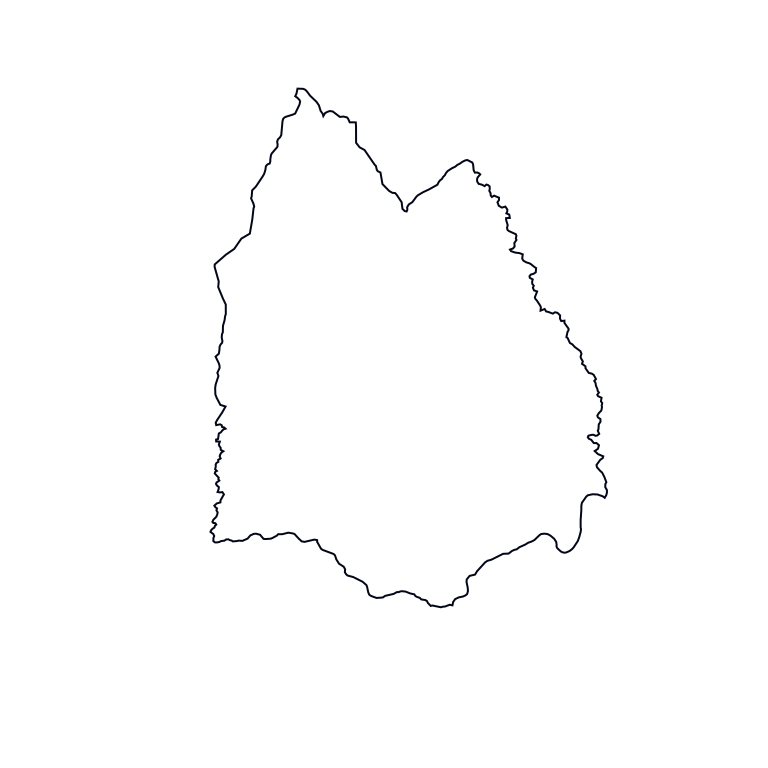 Paranaíba, Mato Grosso do Sul, Brazil, rotated 38°
{"feature_id": "56859067B8941554822277", "entity_name": "Paranaíba", "entity_type": "district", "adm_level": 2, "iso_a3": "BRA", "parent_name": "Brazil", "parent_adm1": "Mato Grosso do Sul", "projection": "albers", "projection_center": [-51.392, -19.551], "detail": "fine", "context": "isolated", "style": "outline", "palette": "ink", "viewbox_px": 768, "rotation_deg": 38, "n_neighbors": 0, "source": "geoboundaries", "source_scale": "gbopen_adm2", "svg_char_len": 6165}
<svg xmlns="http://www.w3.org/2000/svg" viewBox="0 0 768 768"><g transform="rotate(38 384 384)"><path d="M628.0,337.8L627.5,334.5L626.4,332.1L624.9,330.3L621.9,329.1L620.0,326.5L619.7,324.5L614.7,321.5L610.4,319.5L608.0,319.4L603.2,318.5L601.3,317.0L601.1,310.4L602.0,307.8L601.3,306.0L595.8,307.5L591.3,307.1L592.5,303.3L591.1,299.9L587.8,299.7L585.7,301.4L581.7,300.4L579.0,301.0L577.4,300.5L576.9,298.9L579.1,296.0L580.7,294.9L582.4,294.7L583.7,293.4L584.3,290.8L581.2,289.2L580.9,287.7L578.1,283.6L577.8,280.4L576.1,278.4L573.2,278.6L571.6,277.7L571.2,274.9L571.6,271.1L570.1,268.1L568.8,267.0L567.7,264.6L565.7,264.2L563.9,260.9L560.2,261.8L558.7,261.2L558.6,258.4L556.7,257.9L555.1,256.5L552.1,254.9L550.0,252.9L547.8,252.1L548.0,249.6L543.6,247.7L541.3,247.9L538.6,249.2L533.2,247.6L531.8,246.0L527.6,246.2L526.8,243.8L523.5,242.5L522.1,241.5L521.0,238.6L518.5,237.2L511.5,237.4L508.2,236.8L505.2,237.2L500.4,234.7L498.9,234.8L496.5,229.9L496.4,228.2L495.4,226.8L488.6,224.8L487.2,223.0L484.9,225.3L482.4,224.1L480.5,221.5L476.9,221.1L474.6,222.2L473.7,224.6L469.0,226.1L467.1,227.0L464.4,226.0L462.2,229.8L460.5,227.1L459.2,226.2L453.3,224.2L450.8,223.7L449.5,222.8L447.7,216.8L444.5,217.9L442.0,216.4L441.6,214.4L439.2,213.8L437.8,212.3L436.8,210.0L433.6,210.6L432.3,209.5L432.3,207.4L434.1,204.9L434.8,202.5L432.5,199.0L430.1,199.2L426.1,199.1L424.1,199.4L421.4,200.5L417.9,201.0L415.7,200.1L413.5,196.4L410.1,197.5L406.4,199.7L402.3,201.1L400.5,200.5L402.2,197.9L402.3,195.3L399.9,192.6L399.7,188.9L398.3,188.2L397.1,185.7L395.7,184.8L388.2,186.6L386.4,186.5L384.8,185.2L383.7,182.7L379.3,179.6L378.1,178.1L380.9,175.7L378.4,173.4L375.4,174.2L375.0,172.3L373.8,170.6L370.4,169.5L368.3,172.4L364.7,172.9L361.5,170.9L361.4,168.4L359.9,166.4L354.8,167.8L353.9,170.2L352.1,169.8L350.3,167.9L348.1,167.0L347.2,165.1L345.5,163.2L343.4,163.2L341.9,163.8L341.5,166.1L338.3,166.7L335.4,168.0L332.8,167.1L331.3,165.4L330.6,163.7L330.8,159.6L329.3,159.4L327.3,159.9L325.5,161.5L323.1,160.4L319.0,156.1L317.2,155.1L311.7,156.2L310.3,157.9L309.0,160.6L308.1,163.6L306.9,166.2L306.4,168.7L304.6,172.4L303.0,177.2L303.0,179.9L303.4,182.0L303.1,184.6L303.4,186.8L302.8,188.9L302.8,191.3L303.4,194.1L299.7,202.9L296.7,208.8L294.6,214.2L294.2,216.2L294.4,223.2L293.0,227.3L293.4,230.4L295.1,232.3L295.6,234.1L293.8,235.0L290.7,234.6L286.0,229.9L277.5,227.1L275.2,226.7L272.9,228.2L269.2,228.7L259.7,227.4L251.0,219.5L248.0,220.2L246.3,219.5L243.3,217.1L241.8,217.0L224.6,211.6L219.0,212.5L213.5,211.1L203.5,198.4L200.7,195.2L195.9,198.9L192.3,197.0L190.7,196.7L187.4,198.2L184.8,200.7L175.8,200.8L173.2,202.3L171.8,204.5L170.8,206.7L171.2,210.2L169.3,208.8L165.9,207.8L161.2,204.5L157.0,203.2L148.2,202.3L143.2,200.9L140.9,200.6L138.7,201.1L134.0,204.5L136.3,209.2L136.9,211.9L139.8,211.8L142.8,212.3L144.1,213.2L145.4,215.9L147.5,225.6L146.2,228.0L142.3,233.6L141.5,235.2L141.3,237.2L142.3,239.5L149.8,251.1L150.2,253.6L149.8,256.6L150.7,259.0L152.6,260.6L154.0,262.7L153.6,271.6L154.1,273.4L156.0,276.8L157.5,278.8L158.2,280.7L157.0,282.6L156.8,285.0L158.7,288.3L160.2,292.2L160.6,295.2L161.5,307.3L160.9,312.6L164.3,317.7L164.9,319.5L170.0,322.2L172.5,324.1L173.0,325.8L179.0,335.6L185.7,348.1L182.1,357.2L182.8,369.8L179.8,379.4L177.0,394.0L178.4,396.0L190.6,404.9L193.7,409.7L204.4,415.8L210.4,418.8L216.3,426.3L217.0,428.3L219.1,431.9L221.3,437.3L225.1,442.4L225.7,444.5L226.7,446.1L227.7,447.5L230.3,449.7L231.1,451.3L230.9,453.5L231.5,455.9L233.3,458.4L235.2,461.8L234.4,466.1L241.1,469.4L243.2,470.9L244.6,472.6L245.8,477.8L248.6,479.6L251.6,487.9L253.4,491.1L257.5,496.0L260.6,497.9L267.9,501.2L273.0,499.3L274.0,505.9L274.7,515.2L275.2,518.1L277.1,519.7L279.7,516.7L281.4,516.4L283.0,517.6L284.6,516.7L286.6,516.8L285.6,518.3L285.2,520.3L285.2,522.5L284.3,524.7L287.1,529.5L285.9,531.2L287.1,532.6L290.1,530.5L291.2,533.5L292.8,534.4L294.3,534.7L296.0,536.4L298.8,535.9L298.1,538.4L298.4,540.5L299.0,542.1L301.1,543.3L300.0,545.8L301.4,547.4L300.6,549.3L300.9,551.0L302.3,552.7L303.4,555.1L305.8,555.4L305.1,557.0L305.7,558.7L311.4,559.6L312.1,561.0L313.7,561.5L312.7,564.7L313.1,566.2L315.2,566.9L317.3,566.9L318.3,568.4L319.4,571.6L321.6,570.3L323.2,568.7L325.8,569.5L326.8,576.3L328.0,578.0L325.8,581.0L325.2,584.3L327.0,584.9L329.0,584.8L329.8,586.8L331.9,587.5L333.0,589.6L333.6,591.8L333.1,596.0L333.7,598.3L335.1,598.6L336.8,597.5L338.4,598.1L338.1,599.7L338.7,601.6L338.0,603.7L337.8,605.6L338.3,607.4L341.8,607.3L343.8,608.3L344.4,610.4L346.3,612.9L348.3,612.9L350.3,611.3L351.6,609.7L352.3,608.1L354.7,605.7L355.3,603.7L357.0,602.2L358.8,601.9L360.3,601.2L361.8,601.1L364.8,598.3L366.0,596.8L369.0,594.8L371.7,589.8L371.9,585.6L373.7,582.2L375.4,580.7L379.2,579.1L384.4,580.2L386.0,579.2L388.8,576.7L390.1,575.5L391.1,573.6L392.9,569.5L393.1,567.5L396.3,565.0L400.1,560.1L403.9,558.0L405.9,557.3L411.7,558.3L416.0,558.7L418.6,557.3L424.9,549.5L427.4,548.2L428.6,549.6L435.8,552.6L437.8,552.5L448.9,549.0L450.9,549.2L454.3,551.5L459.2,553.3L464.8,552.8L467.5,554.0L469.0,556.4L471.5,557.3L473.4,557.3L478.5,555.1L488.9,553.0L494.0,553.3L495.6,554.3L499.9,557.9L502.1,559.1L504.2,559.0L509.8,557.2L513.5,553.9L514.6,552.7L515.3,550.3L520.8,543.5L522.3,540.0L523.7,539.0L524.5,537.5L525.6,536.3L528.8,534.3L533.6,532.9L537.4,531.1L539.1,531.7L540.6,531.6L543.9,530.5L546.0,530.8L549.6,528.8L551.6,528.6L553.3,529.5L557.5,530.1L558.4,528.8L566.3,524.9L567.5,523.2L569.0,521.9L571.7,517.5L574.2,516.3L572.7,513.2L572.5,509.7L574.3,506.1L577.1,502.8L578.4,500.3L578.8,498.3L577.6,495.4L575.2,492.8L570.8,489.1L569.5,487.0L569.6,482.5L573.1,478.1L572.6,474.3L573.5,462.2L574.4,459.6L576.8,456.3L582.4,444.5L586.6,440.9L587.7,436.6L589.0,434.2L590.4,432.5L591.1,429.4L594.2,423.5L595.3,420.4L597.4,417.1L598.6,414.3L599.6,407.3L600.2,405.5L602.5,403.2L605.4,401.5L608.8,401.0L613.4,401.2L616.9,402.4L619.0,404.4L619.9,405.8L621.7,406.7L626.3,407.1L628.1,406.8L630.0,405.9L631.3,404.6L633.1,401.3L633.9,398.0L634.0,395.6L633.4,388.4L632.1,384.4L629.9,379.2L628.6,377.1L627.2,375.9L622.6,370.0L617.3,362.1L614.5,358.5L613.1,355.8L612.7,348.1L613.2,346.1L616.3,342.4L620.3,339.6L625.6,337.8L628.0,337.8Z" fill="none" stroke="#020617" stroke-width="2"/></g></svg>